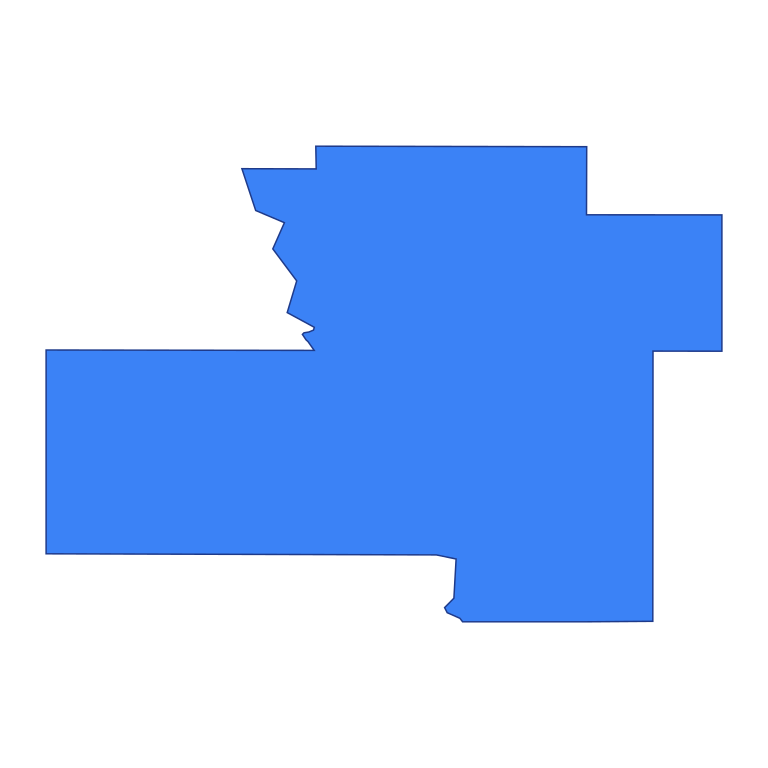 Murray, Oklahoma, United States of America
{"feature_id": "52423323B72511953258749", "entity_name": "Murray", "entity_type": "district", "adm_level": 2, "iso_a3": "USA", "parent_name": "United States of America", "parent_adm1": "Oklahoma", "projection": "mercator", "projection_center": [-97.077, 34.485], "detail": "fine", "context": "isolated", "style": "filled", "palette": "blue", "viewbox_px": 768, "rotation_deg": 0, "n_neighbors": 0, "source": "geoboundaries", "source_scale": "gbopen_adm2", "svg_char_len": 526}
<svg xmlns="http://www.w3.org/2000/svg" viewBox="0 0 768 768"><path d="M721.9,351.2L721.9,214.9L586.5,214.8L586.7,146.7L315.8,146.2L316.2,168.9L241.9,168.7L255.7,210.5L284.4,222.7L272.8,248.9L296.7,280.9L287.2,312.6L314.3,327.3L313.5,330.1L308.9,332.0L304.0,332.8L302.4,334.4L306.0,339.8L308.0,341.6L314.2,350.4L46.1,350.0L46.1,553.8L436.3,554.9L456.1,559.0L453.9,598.2L444.6,607.6L447.2,612.7L459.9,618.3L462.6,621.8L585.2,621.8L652.8,621.3L653.0,351.1L721.9,351.2Z" fill="#3b82f6" stroke="#1e3a8a" stroke-width="1.5"/></svg>